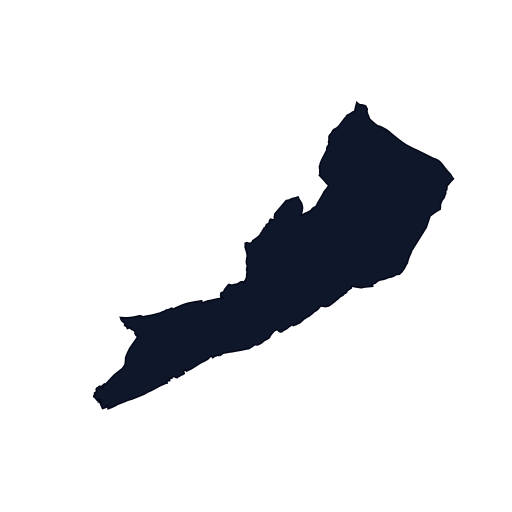 Madaras, Harghita, Romania, rotated 151°
{"feature_id": "2599482B49810777823096", "entity_name": "Madaras", "entity_type": "district", "adm_level": 2, "iso_a3": "ROU", "parent_name": "Romania", "parent_adm1": "Harghita", "projection": "mercator", "projection_center": [25.698, 46.477], "detail": "fine", "context": "isolated", "style": "filled", "palette": "ink", "viewbox_px": 512, "rotation_deg": 151, "n_neighbors": 0, "source": "geoboundaries", "source_scale": "gbopen_adm2", "svg_char_len": 6089}
<svg xmlns="http://www.w3.org/2000/svg" viewBox="0 0 512 512"><g transform="rotate(151 256 256)"><path d="M93.4,341.5L97.1,337.6L99.5,334.8L101.8,335.1L104.2,334.8L108.5,334.9L109.8,333.9L111.0,333.7L121.1,329.3L123.4,328.9L125.0,328.8L126.1,329.0L127.2,328.8L129.4,327.7L130.3,326.9L132.9,326.1L134.0,325.4L134.7,324.5L135.2,323.3L135.8,322.3L137.5,320.3L137.7,318.9L138.8,317.9L140.5,317.2L141.9,316.0L142.5,314.7L143.7,313.7L151.1,308.8L154.1,306.5L155.7,305.0L156.1,304.1L157.2,303.6L157.4,302.8L157.9,302.0L158.1,301.0L159.7,298.3L160.3,296.7L161.5,296.0L159.5,288.0L159.3,286.3L158.2,282.5L158.7,282.1L160.3,281.4L162.2,280.4L165.0,279.4L168.6,277.0L176.8,272.2L177.7,271.4L179.6,270.3L183.5,270.3L186.0,269.2L189.8,269.2L192.5,269.6L196.9,269.4L192.7,274.4L191.8,275.8L191.3,277.1L190.6,279.6L190.6,281.5L190.8,284.2L190.8,285.5L190.6,286.5L190.5,287.3L193.5,287.8L195.8,288.6L200.2,289.0L202.7,289.9L216.4,284.7L218.5,284.0L219.4,283.4L220.4,281.9L220.7,281.8L221.2,281.3L221.3,281.1L221.2,280.2L221.3,280.0L222.7,279.1L223.1,279.2L223.3,279.5L223.6,279.7L224.1,279.8L225.2,281.1L225.7,281.1L226.1,281.0L227.0,280.4L228.4,278.6L229.8,278.4L231.0,278.5L231.8,278.3L232.9,277.4L233.2,277.0L234.0,276.6L235.3,276.6L236.0,276.3L236.4,275.5L236.9,275.3L238.0,275.3L238.8,274.1L239.7,274.0L241.3,273.2L242.3,272.5L243.5,272.1L247.1,271.4L248.7,271.3L251.2,271.0L251.8,270.8L252.7,269.9L254.1,269.8L255.5,270.2L256.4,270.9L257.3,272.1L257.7,272.3L259.4,272.4L259.9,271.0L260.6,270.2L261.3,268.9L262.3,264.1L263.2,261.3L264.3,259.4L265.3,258.4L266.6,256.5L267.3,255.6L268.1,253.6L268.1,252.8L268.3,251.6L269.4,250.6L271.1,248.3L271.1,247.8L271.0,247.5L271.6,246.5L271.6,246.2L273.4,244.0L273.9,242.9L274.6,242.0L275.9,240.8L278.7,239.2L278.8,238.9L279.5,238.8L279.6,239.3L279.9,239.9L280.8,240.4L282.1,240.8L285.2,240.6L286.2,240.6L288.3,241.5L290.7,242.0L291.4,242.3L292.6,243.5L293.5,244.3L294.0,244.3L299.8,241.9L301.4,240.5L302.1,240.4L304.3,240.8L305.1,240.2L306.0,238.8L306.7,236.8L305.5,236.4L305.4,235.2L305.7,235.4L306.5,235.8L311.0,237.4L318.6,239.6L319.5,240.1L324.9,240.9L325.9,240.9L325.2,243.2L331.8,245.6L338.2,247.7L341.3,248.4L345.1,249.0L350.3,249.5L354.9,249.8L354.9,251.3L360.1,251.6L360.1,252.2L364.5,252.2L364.7,252.5L365.5,252.6L366.9,252.5L367.5,252.6L370.5,253.5L371.0,253.5L375.8,254.8L383.1,257.3L383.7,257.2L386.4,260.1L392.9,262.0L398.0,264.1L400.5,265.5L404.4,268.0L404.4,267.5L404.9,265.8L404.8,264.5L403.3,260.3L403.6,259.9L404.5,259.4L404.6,259.0L404.4,258.4L403.9,258.0L403.5,257.1L403.5,256.3L403.7,255.1L403.6,254.8L402.2,254.8L401.4,254.2L400.8,253.4L400.5,252.7L400.3,251.8L399.6,251.2L399.1,250.5L398.5,248.6L398.7,247.8L399.4,247.2L399.3,246.3L399.4,245.5L399.0,244.9L399.4,244.7L398.7,242.6L411.2,236.5L415.2,233.7L419.2,230.5L421.5,226.8L423.4,224.4L427.3,222.4L436.7,220.9L439.0,220.3L448.3,217.3L450.2,216.8L450.5,217.6L451.7,217.5L453.5,217.0L453.1,215.6L453.8,215.2L454.1,214.9L454.5,214.9L454.6,216.7L455.6,217.9L456.4,218.0L457.9,217.5L458.4,217.7L459.5,217.7L460.5,216.8L460.3,216.5L460.3,216.4L461.2,215.1L461.5,215.0L462.3,214.3L462.7,214.2L463.0,214.5L463.4,214.5L463.8,214.4L463.8,214.0L464.0,213.4L465.6,212.4L466.1,211.8L466.2,211.4L466.0,211.0L465.0,210.1L465.4,209.3L465.2,208.7L465.1,207.6L464.7,206.1L464.6,205.9L463.9,206.0L463.3,206.7L462.1,206.2L462.3,205.7L463.5,205.0L462.7,205.0L461.9,203.7L462.8,203.5L463.7,203.7L463.9,203.7L464.0,203.6L463.7,203.2L462.9,202.8L462.8,202.6L463.1,202.2L463.9,201.4L463.9,199.3L463.8,199.1L464.1,198.4L464.2,196.9L460.5,196.3L460.2,196.8L458.6,196.7L459.5,194.0L456.4,193.6L451.5,193.2L449.0,193.4L447.0,193.0L439.8,192.1L438.9,192.1L433.4,190.9L420.4,189.3L419.4,189.6L417.7,189.4L417.1,189.5L412.9,189.1L403.1,189.0L396.0,188.3L395.3,187.9L395.1,188.6L394.9,189.9L391.9,188.8L391.2,190.8L389.0,189.8L388.7,190.7L387.3,190.5L385.9,190.4L385.5,189.8L385.1,188.7L383.9,187.7L382.9,188.2L382.4,188.2L382.3,188.4L381.8,188.3L381.8,188.0L380.7,188.0L379.3,188.2L378.0,187.8L375.7,188.0L375.8,189.3L375.5,189.3L375.6,190.5L374.0,190.5L372.8,190.6L372.7,189.0L367.8,188.7L364.8,188.8L356.7,189.3L354.3,189.3L353.2,189.1L348.3,189.1L343.6,190.5L343.2,188.0L341.6,188.2L341.3,188.5L340.5,188.6L340.1,188.1L336.9,187.7L336.8,186.9L335.3,187.2L335.2,186.4L331.8,186.9L327.0,185.2L326.2,185.0L323.1,183.7L320.2,182.8L317.2,181.7L311.7,179.9L311.0,179.8L307.2,178.4L303.3,178.6L300.2,179.0L299.0,178.4L298.2,177.6L297.5,177.4L294.4,177.2L293.2,177.3L289.8,178.0L287.8,177.9L284.9,177.9L283.6,178.3L283.0,178.6L282.6,179.1L279.3,180.6L278.5,180.8L277.2,181.4L275.5,181.6L274.0,181.5L273.3,181.3L272.8,181.0L272.5,179.2L272.3,178.7L271.5,177.7L270.1,177.1L269.6,177.5L265.0,177.5L263.2,177.7L260.8,178.2L260.3,178.1L258.9,178.3L257.5,178.2L257.2,177.4L257.2,177.0L256.0,177.0L254.5,176.5L252.7,176.6L251.7,176.3L249.4,176.4L246.3,177.1L244.4,177.7L243.3,177.5L241.7,177.8L238.7,177.7L234.0,178.5L232.8,178.9L229.2,179.1L227.0,179.6L225.0,180.6L223.3,180.7L219.8,178.0L216.9,177.1L215.2,177.1L209.0,178.0L206.6,178.6L204.7,178.8L202.8,179.5L198.9,179.5L198.0,179.9L196.9,180.3L195.8,180.0L194.0,180.5L193.7,181.3L188.1,181.8L187.3,183.3L185.0,181.9L185.1,181.6L179.8,177.5L178.8,176.9L176.9,176.5L168.6,172.9L168.2,174.8L164.7,174.4L162.2,175.0L159.8,175.0L155.8,173.7L152.7,173.1L150.9,173.0L148.2,172.1L145.6,171.6L142.2,171.7L139.4,170.5L136.1,171.4L132.1,173.3L129.7,175.0L126.9,176.6L124.9,178.8L122.3,181.1L118.9,183.6L117.5,185.0L93.3,198.4L84.3,206.6L77.0,207.5L72.2,207.6L70.9,209.5L69.6,211.7L67.9,213.2L66.2,214.5L63.8,215.5L62.5,216.3L61.6,217.3L59.7,218.7L59.4,219.2L59.4,219.8L59.2,220.0L59.0,220.6L58.0,221.1L57.3,221.3L56.7,222.0L56.4,222.5L56.1,222.7L55.8,223.1L55.6,223.7L54.4,225.3L53.4,225.1L50.3,226.4L45.8,227.8L46.1,228.8L46.3,233.1L47.3,237.3L47.9,240.6L48.9,247.2L49.7,250.0L50.4,251.4L52.0,253.8L53.5,255.3L64.3,271.0L66.4,273.7L70.8,280.4L72.5,283.7L75.1,289.4L78.6,298.1L79.0,299.5L80.7,303.3L84.2,308.7L86.6,311.1L88.3,315.0L90.2,320.6L89.2,328.1L87.4,330.6L87.4,334.3L89.7,336.6L91.8,338.0L92.7,339.5L93.4,341.5Z" fill="#0f172a" stroke="#020617" stroke-width="1.5"/></g></svg>